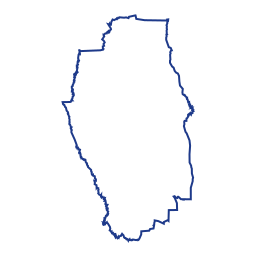 Bukidnon, Bukidnon, Philippines (Equal Earth projection)
{"feature_id": "2640588B97736443103823", "entity_name": "Bukidnon", "entity_type": "district", "adm_level": 2, "iso_a3": "PHL", "parent_name": "Philippines", "parent_adm1": "Bukidnon", "projection": "equal_earth", "projection_center": [124.931, 8.005], "detail": "fine", "context": "isolated", "style": "outline", "palette": "blue", "viewbox_px": 256, "rotation_deg": 0, "n_neighbors": 0, "source": "geoboundaries", "source_scale": "gbopen_adm2", "svg_char_len": 5768}
<svg xmlns="http://www.w3.org/2000/svg" viewBox="0 0 256 256"><path d="M166.0,20.5L144.7,20.2L136.3,18.9L135.5,15.4L135.3,15.4L129.0,16.8L128.5,18.1L126.1,17.4L124.1,17.7L119.5,17.3L119.0,17.9L118.2,17.7L117.6,18.6L117.0,18.3L116.7,19.1L116.3,18.9L114.1,20.1L112.6,19.5L111.3,22.0L110.9,24.8L109.6,24.9L109.4,24.1L109.2,24.5L108.2,24.2L110.8,28.4L111.0,29.3L110.1,30.4L108.8,30.7L108.7,31.1L109.2,30.9L109.5,31.4L109.3,32.2L108.8,32.7L107.6,31.8L107.1,32.2L106.8,33.4L105.4,33.4L104.1,34.5L103.6,34.5L103.9,35.3L103.7,35.7L104.2,36.4L102.2,39.4L103.8,40.8L104.7,42.4L103.5,44.0L104.1,45.8L102.8,46.4L102.9,48.6L103.5,49.0L103.2,49.6L100.3,50.3L80.5,51.1L79.6,50.2L79.2,50.3L79.7,52.1L79.3,53.0L79.4,53.5L79.9,53.6L79.9,54.3L78.9,54.1L78.6,54.6L78.1,58.2L78.5,59.3L78.2,60.0L79.0,60.6L78.6,61.5L78.0,61.2L77.7,61.5L77.5,63.7L78.0,64.6L77.4,65.3L76.8,65.4L76.8,66.3L77.2,66.5L76.9,67.6L77.5,67.7L76.8,70.9L77.6,72.2L77.1,72.7L76.4,72.1L75.9,72.3L75.7,73.2L76.0,74.6L75.6,75.2L74.7,74.9L74.4,74.0L74.1,74.2L74.1,74.9L74.7,75.8L74.2,77.1L75.0,77.4L74.3,79.2L74.5,80.2L73.9,80.2L73.8,80.6L74.3,81.9L73.6,82.4L73.6,83.5L72.8,84.6L72.8,85.9L71.8,86.5L71.8,88.0L72.7,89.1L72.0,89.9L71.9,91.0L72.8,90.6L72.6,92.4L73.3,92.7L73.6,93.4L73.4,93.7L73.0,93.0L72.7,94.2L73.5,94.4L73.9,95.0L73.2,96.3L72.7,96.5L72.4,98.5L71.7,99.4L72.1,100.0L71.7,99.9L71.6,100.8L71.1,100.9L70.9,101.7L70.1,102.0L62.6,102.1L63.1,104.2L63.7,104.8L64.3,104.8L65.1,107.0L65.9,107.5L66.6,110.6L67.9,112.1L68.2,113.2L67.8,113.5L67.9,114.0L68.2,114.1L68.9,116.2L69.4,116.7L69.1,118.1L69.6,119.5L69.4,121.6L69.7,122.1L69.3,123.2L69.6,124.0L69.5,124.4L70.1,124.7L71.0,127.2L71.4,127.3L70.7,128.1L71.2,128.8L71.2,129.6L71.8,130.1L71.4,131.0L71.4,132.3L74.7,139.6L76.8,145.3L76.8,146.2L76.5,146.4L76.4,146.0L76.2,146.5L76.3,147.1L76.6,147.0L76.8,147.5L76.8,147.1L76.8,147.6L77.4,147.7L77.4,148.1L78.0,147.8L78.3,149.1L78.7,148.9L79.2,149.8L79.4,149.5L80.0,149.7L79.4,152.0L79.6,152.2L79.1,152.5L79.2,153.3L80.3,153.5L80.6,154.3L80.4,155.1L80.7,156.9L81.1,156.8L81.3,158.1L81.7,157.9L81.8,158.4L83.6,159.7L83.8,159.3L84.6,159.9L84.8,159.5L85.4,159.7L85.7,161.9L86.4,163.0L86.8,163.1L87.1,163.9L86.9,164.5L87.6,165.9L87.9,165.9L88.0,167.0L91.1,169.9L91.2,171.6L91.8,172.1L91.7,173.7L92.0,174.7L92.5,175.1L93.0,174.8L93.0,175.6L94.8,176.3L94.9,178.3L95.9,179.3L95.9,179.9L95.7,179.7L95.0,181.1L94.4,180.9L94.9,182.6L94.7,184.2L96.5,185.2L96.6,187.9L96.9,187.5L98.3,188.2L98.2,189.0L98.6,189.8L98.2,190.5L98.6,192.5L98.2,193.3L99.3,194.7L100.5,195.1L100.7,195.6L101.1,195.0L101.0,196.7L102.2,196.7L102.1,197.3L102.6,197.0L103.3,197.6L103.7,197.5L103.7,198.3L104.7,198.1L104.2,199.2L105.0,199.3L105.2,199.9L104.6,200.9L105.5,200.9L105.8,202.6L105.3,204.0L105.8,204.8L106.2,204.2L106.9,204.6L106.5,205.5L107.2,205.3L106.4,207.0L107.0,207.8L106.8,208.3L106.5,208.1L106.4,208.7L106.7,209.1L107.7,208.8L107.6,209.4L107.0,209.4L106.8,210.0L108.1,211.6L107.8,211.9L107.8,213.0L108.2,213.5L107.9,214.6L107.2,214.5L107.1,215.4L106.6,215.2L105.9,215.8L105.9,216.7L105.5,217.0L105.3,218.0L104.4,218.1L104.5,219.1L105.0,219.9L104.7,220.7L104.0,220.6L103.9,221.6L104.3,222.3L103.9,222.8L103.2,222.6L103.6,223.3L103.0,223.8L103.2,224.7L102.7,225.1L105.1,224.4L105.4,223.1L106.7,222.3L106.7,222.9L107.1,222.8L107.8,223.4L109.9,226.8L110.3,228.6L109.7,230.4L110.6,230.9L111.6,232.5L111.8,232.2L112.0,233.2L112.8,233.0L112.7,233.4L113.5,234.5L114.4,234.1L114.5,234.5L114.7,234.1L115.4,234.0L115.8,235.3L115.5,235.4L115.9,235.8L115.5,236.1L115.4,236.8L115.6,237.4L116.0,236.9L116.8,237.2L117.4,238.1L118.0,237.3L118.0,237.7L118.4,237.9L118.4,237.1L118.8,236.7L119.1,236.9L119.3,236.4L120.8,235.8L121.7,234.4L121.8,234.8L122.3,234.1L123.5,235.3L124.1,237.4L124.7,238.0L125.4,237.9L126.3,239.1L126.6,238.7L127.6,239.2L128.3,240.6L128.6,239.9L128.9,240.1L129.7,239.2L130.0,240.0L131.6,240.3L131.8,239.9L132.5,240.0L132.9,239.5L136.1,240.1L137.9,239.6L138.1,240.1L138.5,239.9L139.4,238.6L141.2,234.5L141.3,231.3L149.2,230.7L150.1,229.0L153.5,228.5L154.1,225.2L153.8,225.1L154.2,224.7L154.3,222.8L154.7,221.7L154.7,220.4L158.3,221.1L163.8,223.7L163.9,222.0L167.6,220.2L168.5,220.9L168.8,210.1L177.1,210.0L176.9,203.1L174.8,198.0L173.7,196.5L174.6,196.2L176.0,197.7L177.3,198.0L177.9,196.8L178.4,196.8L181.0,199.2L182.8,199.2L183.0,199.6L183.4,199.6L183.2,199.2L190.8,199.3L190.8,187.8L192.7,181.1L192.7,179.0L193.1,177.7L191.9,173.5L191.8,168.6L191.3,167.3L191.1,165.6L189.6,162.6L189.5,154.2L190.1,145.7L189.5,140.4L186.7,133.4L185.5,131.8L183.9,126.1L184.4,124.2L184.2,121.8L184.6,120.9L186.4,120.9L186.5,118.5L187.2,118.1L188.1,116.5L188.1,114.7L188.6,114.3L188.9,115.1L189.4,114.1L190.0,114.3L190.1,113.8L190.4,114.1L190.7,113.3L190.9,113.6L190.9,113.2L191.3,113.2L191.6,113.5L192.4,113.1L192.2,112.5L192.5,112.0L192.4,111.3L192.9,111.6L193.4,111.2L192.7,110.7L193.0,110.1L192.5,110.1L192.6,109.3L192.2,109.5L192.3,108.6L191.7,108.2L192.0,107.8L191.5,107.9L191.8,107.6L191.6,107.3L191.7,106.8L191.2,107.1L191.4,106.7L190.9,106.0L190.3,106.6L190.1,105.9L189.6,106.2L189.4,105.6L189.8,105.3L190.0,104.5L189.1,104.3L189.4,103.5L189.2,102.4L188.8,102.4L188.9,102.0L188.3,102.1L188.4,101.5L187.9,101.1L187.6,99.4L187.1,99.0L187.1,98.3L186.8,98.5L186.5,97.2L185.1,96.0L185.1,95.4L184.3,94.8L183.8,95.0L182.7,94.2L182.4,92.3L182.8,88.9L180.0,85.6L179.4,81.7L179.0,75.9L177.9,73.5L176.1,72.6L174.7,70.9L173.6,67.6L172.1,66.5L170.0,62.8L170.0,60.5L170.4,59.7L170.1,54.6L170.6,53.3L170.2,52.2L171.2,50.2L171.7,50.2L170.7,47.9L168.8,47.2L166.2,39.8L166.2,37.5L166.6,36.5L166.5,34.8L166.9,34.5L166.5,34.2L166.8,33.6L166.6,30.6L167.0,29.2L166.7,28.3L166.9,26.1L166.5,25.2L167.3,23.4L167.2,22.8L167.8,21.0L168.0,21.0L168.2,19.4L167.5,19.5L167.7,19.8L167.4,19.9L167.6,20.4L167.3,20.9L166.0,20.5Z" fill="none" stroke="#1e3a8a" stroke-width="2"/></svg>